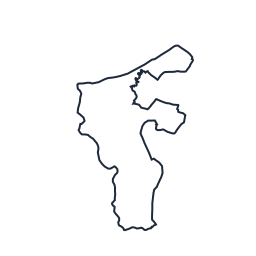 St. Paul River, Montserrado, Liberia, rotated 113°
{"feature_id": "62588387B63326242332262", "entity_name": "St. Paul River", "entity_type": "district", "adm_level": 2, "iso_a3": "LBR", "parent_name": "Liberia", "parent_adm1": "Montserrado", "projection": "robinson", "projection_center": [-10.782, 6.5], "detail": "fine", "context": "isolated", "style": "outline", "palette": "slate", "viewbox_px": 256, "rotation_deg": 113, "n_neighbors": 0, "source": "geoboundaries", "source_scale": "gbopen_adm2", "svg_char_len": 5380}
<svg xmlns="http://www.w3.org/2000/svg" viewBox="0 0 256 256"><g transform="rotate(113 128 128)"><path d="M202.2,112.9L203.2,113.3L204.3,112.9L205.3,111.4L205.8,109.5L207.7,108.9L210.2,108.2L210.4,107.9L211.1,106.9L211.9,105.7L212.5,104.2L213.6,102.1L214.5,100.9L214.9,100.7L216.6,100.0L218.4,100.2L220.1,99.2L221.2,98.1L221.2,96.6L221.2,96.3L221.5,94.8L222.2,92.9L223.4,91.9L223.2,90.8L222.9,90.5L221.1,88.5L220.0,87.3L217.8,85.4L217.3,84.1L217.0,82.4L217.0,80.4L216.3,79.3L215.6,78.1L214.6,76.9L214.5,75.6L215.4,73.0L214.7,71.4L214.2,71.0L213.0,70.0L212.1,69.0L211.3,67.7L209.8,67.6L209.8,67.0L207.6,66.1L206.3,64.8L205.9,64.5L205.2,65.5L203.9,67.9L203.0,70.0L199.8,71.4L195.3,73.1L192.5,74.2L189.7,75.4L187.5,76.3L185.8,76.8L181.4,78.1L180.8,78.3L180.3,78.4L178.6,78.9L177.4,79.3L177.0,79.3L174.5,79.8L173.1,79.3L170.7,78.4L170.2,78.5L169.0,78.5L168.0,78.5L164.1,78.4L163.8,78.4L160.2,78.2L157.9,78.4L156.0,78.6L155.7,78.7L154.2,79.5L150.5,81.4L149.7,81.8L149.5,82.3L148.2,84.7L147.7,85.6L147.2,87.7L146.7,90.2L146.4,90.9L146.1,92.2L146.5,92.6L147.8,93.9L147.3,94.4L143.3,98.3L141.5,100.2L140.5,101.3L135.6,106.7L135.2,107.1L130.3,111.9L130.3,112.1L128.2,114.3L127.5,114.3L127.0,114.7L120.4,115.5L119.7,115.3L116.7,114.7L115.5,113.9L114.4,113.0L113.7,112.7L113.3,112.3L110.6,106.1L113.2,102.9L113.3,103.1L113.8,103.3L113.8,102.9L114.6,102.7L116.0,102.4L116.4,102.4L117.9,101.9L118.4,100.4L118.1,99.2L117.2,97.4L116.4,96.3L115.6,95.2L115.6,94.5L115.9,91.9L116.1,89.8L115.8,87.6L115.8,86.8L115.6,85.0L115.4,84.8L115.3,84.1L115.2,83.6L114.8,83.3L114.6,83.1L114.0,82.8L113.8,82.7L113.3,82.6L111.5,82.4L109.3,81.9L106.4,81.2L105.0,80.8L104.0,80.5L103.4,80.3L101.6,79.1L101.0,78.7L100.7,78.8L99.4,79.0L96.6,79.7L94.0,80.2L93.8,80.2L93.6,80.9L93.5,81.2L93.0,82.7L92.9,83.0L93.5,87.1L93.5,88.0L92.9,88.4L91.7,88.9L91.5,89.6L91.4,89.7L91.4,89.9L91.3,90.2L90.6,90.3L90.1,90.3L89.7,90.3L88.4,90.4L87.4,90.5L87.2,90.9L87.4,91.2L87.5,91.5L88.1,93.4L88.9,95.7L89.1,98.3L89.2,99.8L89.5,100.5L89.8,101.3L89.9,101.7L90.3,104.7L90.4,107.8L90.4,108.9L90.4,111.7L90.3,113.2L90.4,113.3L90.9,113.6L91.7,113.7L91.9,113.7L94.3,114.4L95.3,114.7L97.6,115.5L97.8,115.6L98.2,115.5L99.4,115.9L101.0,116.4L102.3,116.8L102.6,117.1L103.2,117.5L103.3,119.3L103.6,120.6L103.8,121.7L104.1,123.9L103.7,124.4L103.4,125.0L103.1,125.4L102.3,127.1L102.4,127.7L102.6,129.1L102.9,130.8L103.2,131.9L103.2,132.6L103.3,132.7L103.1,132.7L102.7,132.6L102.4,132.5L101.7,132.0L101.4,132.0L100.9,132.8L100.4,133.2L99.8,133.0L98.3,132.4L97.9,132.3L96.4,132.1L95.9,132.3L95.7,132.3L94.4,133.3L93.9,134.4L93.2,134.9L93.0,135.1L92.0,136.1L91.9,136.3L91.9,136.5L91.8,137.1L91.8,137.7L91.7,138.3L91.1,139.0L89.9,139.9L89.0,141.4L88.8,141.7L88.4,141.3L88.5,140.2L88.1,139.9L87.4,140.2L87.1,140.0L87.1,139.4L87.2,138.6L86.3,138.6L86.3,138.4L86.2,137.7L85.7,136.9L85.0,136.8L84.5,136.9L83.7,137.6L82.8,138.3L82.2,138.2L82.1,137.4L81.8,136.5L81.5,136.4L81.4,136.8L81.4,137.2L81.2,138.1L80.7,139.6L80.3,140.0L79.9,140.4L79.1,140.4L79.0,139.8L79.3,139.0L79.4,138.4L78.8,138.0L78.6,137.9L77.8,137.4L77.0,137.2L76.7,137.1L75.9,137.7L75.4,138.1L74.5,138.9L74.5,139.4L74.2,140.0L73.5,140.0L73.0,139.1L73.1,138.5L73.7,138.3L73.8,138.1L74.0,137.5L73.9,137.5L73.5,137.2L72.8,136.9L72.7,137.0L72.5,137.3L72.2,137.7L71.7,137.8L71.6,137.4L71.3,136.9L71.2,137.0L70.8,137.6L70.7,138.4L70.5,138.5L70.0,138.7L69.9,138.7L69.4,138.5L69.2,138.3L69.2,138.2L69.3,137.9L69.7,137.0L69.9,136.4L69.6,135.7L69.5,134.9L69.7,134.5L70.1,134.0L70.2,133.6L69.7,133.5L69.5,133.4L68.8,132.8L68.2,132.3L68.0,132.1L68.8,131.2L69.4,129.4L70.3,127.4L70.3,127.2L71.1,123.0L72.0,120.0L72.1,119.8L71.7,119.5L71.3,119.4L69.3,119.0L67.3,118.6L66.6,118.4L63.6,117.1L62.1,115.9L60.7,113.0L60.2,111.9L59.4,110.1L59.1,109.4L58.8,108.7L58.6,108.4L58.2,107.4L58.0,107.1L57.5,106.4L56.8,105.4L56.3,104.8L56.2,104.4L55.7,102.0L55.2,100.6L54.7,99.4L54.3,98.5L53.5,97.0L53.3,96.9L52.7,96.7L48.0,95.5L47.0,95.3L46.7,95.3L46.6,95.2L46.2,95.3L45.9,95.4L43.4,95.1L42.5,94.9L42.0,94.8L41.4,94.7L40.2,94.7L39.2,95.7L39.4,95.9L39.5,96.2L37.7,96.5L36.1,99.3L35.9,99.7L34.8,103.0L34.0,107.1L33.5,110.0L33.2,111.2L32.6,114.2L33.6,116.3L35.6,118.0L40.1,120.6L44.0,123.4L47.8,126.1L48.5,126.5L54.1,130.2L55.7,132.6L63.1,137.5L70.9,143.8L75.4,147.4L78.1,149.5L80.6,152.5L83.2,155.5L86.5,160.1L89.0,164.4L89.8,165.8L91.7,168.0L93.0,169.2L97.3,172.9L97.8,173.7L101.0,178.3L101.2,180.6L101.5,181.3L102.2,183.0L104.0,185.9L104.2,186.1L106.6,191.1L108.1,191.5L111.5,189.5L112.6,186.6L113.0,186.2L114.1,184.9L114.7,184.4L115.0,184.3L116.7,184.1L116.9,184.0L117.5,184.0L118.7,183.8L122.4,182.6L124.8,182.2L129.4,181.6L133.5,180.4L134.5,176.7L134.8,175.9L135.1,175.0L135.8,173.0L137.4,171.6L138.4,170.8L139.6,171.1L139.9,171.2L142.5,172.4L142.7,173.0L142.8,173.4L145.4,173.0L147.1,172.6L149.3,172.6L151.0,170.3L151.8,168.4L151.9,168.0L150.6,164.7L150.5,164.3L150.0,162.0L150.9,159.6L151.5,156.0L152.4,154.2L152.9,153.3L154.2,150.7L156.5,148.3L158.8,147.0L162.1,146.3L163.9,145.1L165.7,143.9L168.7,141.8L169.1,141.2L171.1,138.0L172.1,135.6L172.6,134.2L173.1,130.4L172.4,128.5L171.1,127.4L170.1,126.6L168.6,125.5L168.9,123.9L170.0,121.8L172.0,120.6L173.8,120.5L176.2,121.6L177.1,121.7L178.3,121.8L180.7,122.0L180.8,122.0L183.3,121.0L184.5,119.6L185.6,118.2L187.8,116.7L188.0,116.6L191.1,115.4L194.1,113.8L198.3,112.6L199.4,111.9L202.0,112.8L202.2,112.9Z" fill="none" stroke="#1e293b" stroke-width="2"/></g></svg>